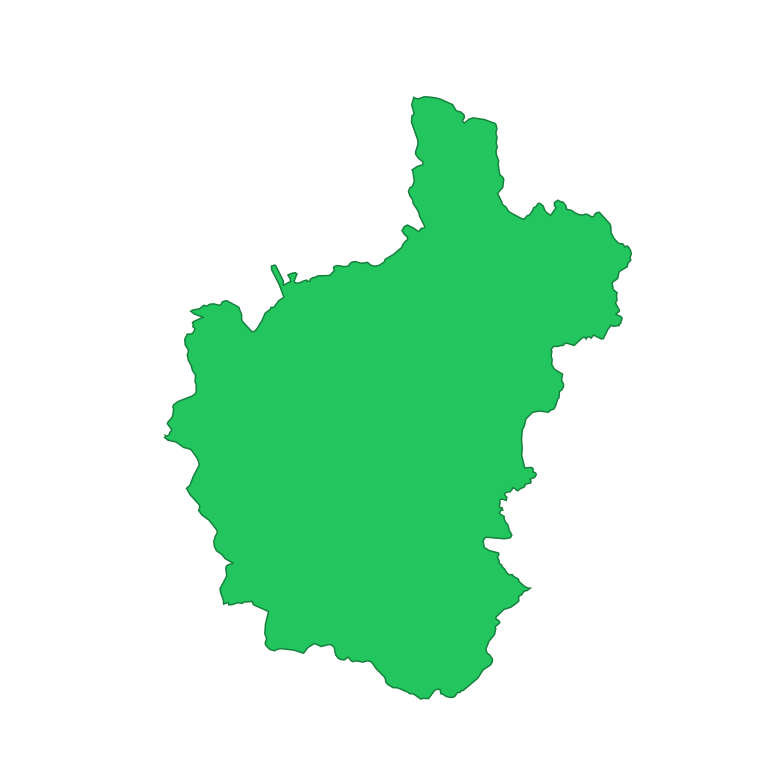 the district of Sakaraha, Atsimo-Andrefana, Madagascar, rotated 108°
{"feature_id": "10022922B49716742274905", "entity_name": "Sakaraha", "entity_type": "district", "adm_level": 2, "iso_a3": "MDG", "parent_name": "Madagascar", "parent_adm1": "Atsimo-Andrefana", "projection": "natural_earth1", "projection_center": [44.417, -22.83], "detail": "fine", "context": "isolated", "style": "filled", "palette": "green", "viewbox_px": 768, "rotation_deg": 108, "n_neighbors": 0, "source": "geoboundaries", "source_scale": "gbopen_adm2", "svg_char_len": 6166}
<svg xmlns="http://www.w3.org/2000/svg" viewBox="0 0 768 768"><g transform="rotate(108 384 384)"><path d="M672.3,251.6L671.0,249.9L669.5,244.5L659.1,240.9L657.7,238.6L657.2,236.3L661.0,234.2L660.8,232.2L661.9,228.6L661.6,224.0L660.3,221.1L658.9,220.0L654.7,218.8L653.9,216.4L651.8,215.8L651.0,214.0L634.4,203.7L625.6,201.6L618.3,195.9L614.7,195.1L612.0,195.9L609.2,199.5L607.9,203.0L604.5,205.2L596.0,204.6L588.1,201.5L582.4,202.0L580.5,203.3L575.3,200.1L573.7,201.5L572.7,205.2L570.6,205.3L561.4,200.3L557.0,194.3L550.3,189.5L548.6,188.7L544.6,190.3L541.3,187.7L538.0,187.0L536.1,184.0L533.0,181.8L533.6,184.2L532.8,188.6L530.2,194.3L528.0,196.0L527.0,201.0L525.6,203.3L526.8,205.6L525.8,208.6L522.8,211.9L521.3,215.1L520.1,215.8L518.8,219.1L516.3,220.0L513.8,222.6L510.8,222.1L509.3,222.8L509.9,232.6L508.5,238.1L503.0,241.1L500.2,240.8L498.2,239.7L494.0,221.7L491.3,216.5L489.4,215.8L488.1,215.8L484.4,219.7L479.8,222.6L477.7,225.8L474.8,228.3L472.8,228.8L471.9,233.1L470.9,234.3L467.7,233.6L467.3,232.1L465.2,233.5L466.0,234.9L464.3,236.7L461.5,236.7L458.9,238.0L457.7,237.6L456.9,235.6L457.0,231.8L453.9,232.1L452.1,235.3L449.4,234.5L447.6,230.9L445.2,229.7L443.1,229.6L442.9,227.4L444.4,224.6L443.4,223.2L441.9,222.4L438.6,218.8L435.3,218.2L432.9,214.0L431.3,214.0L429.4,215.8L426.3,211.9L424.1,211.3L422.8,211.3L421.7,212.5L421.5,215.1L418.9,215.8L418.0,216.9L418.0,218.7L420.4,224.2L409.5,230.9L402.4,232.7L393.9,236.2L385.0,238.2L380.2,237.6L373.5,238.3L365.1,234.0L361.7,228.0L360.0,218.8L357.9,217.9L355.3,214.8L351.9,214.0L344.4,214.2L343.1,213.3L336.9,214.8L334.6,213.1L331.1,212.4L328.5,213.3L325.6,216.3L319.5,217.2L317.4,226.3L313.5,230.6L308.8,231.6L305.8,233.6L300.7,234.6L299.9,236.0L295.9,234.4L294.2,229.5L293.0,228.3L291.9,225.4L290.7,225.4L288.6,222.9L288.6,215.1L278.3,209.3L277.6,207.6L278.7,205.6L276.9,205.5L275.6,203.3L276.4,201.2L272.7,199.8L274.0,191.3L273.2,189.4L263.2,188.0L258.1,186.3L258.2,183.6L255.7,178.5L255.0,179.1L253.2,177.7L248.1,177.8L246.7,179.3L246.1,184.7L245.3,184.9L242.2,182.7L241.1,183.0L235.4,188.9L232.4,188.3L227.5,190.4L225.3,190.4L223.3,195.2L217.1,198.4L211.5,194.4L204.5,195.1L197.3,188.9L193.7,189.4L190.1,187.5L187.6,189.1L183.6,189.0L180.6,191.0L177.8,194.3L177.7,195.7L179.2,197.2L176.9,200.4L177.6,202.6L177.4,205.2L174.5,210.2L170.2,214.6L163.6,217.2L161.9,218.7L154.1,232.4L155.4,234.6L157.1,235.9L159.8,236.2L160.9,237.9L159.9,242.7L160.2,245.0L162.1,247.5L162.7,251.1L162.0,256.2L160.9,259.2L161.4,264.3L158.3,266.1L156.6,268.4L155.7,270.2L156.2,272.0L155.4,275.4L158.8,278.0L161.6,277.1L163.3,274.9L172.2,277.6L170.5,282.9L168.9,285.0L165.6,287.5L164.1,291.1L164.2,292.5L165.2,293.5L168.0,294.0L170.1,296.1L173.8,296.4L178.2,297.9L180.1,300.1L184.0,301.6L184.0,305.3L181.9,317.0L181.1,319.0L178.0,322.8L176.5,327.1L174.4,328.3L167.6,334.9L160.3,331.8L152.5,333.3L150.8,334.8L149.2,338.3L148.0,339.2L140.0,343.2L136.4,343.9L131.0,348.1L127.7,349.5L123.5,349.5L120.1,351.8L114.6,352.7L111.0,355.1L106.0,355.6L101.9,358.3L101.5,370.1L103.3,381.3L105.7,384.8L110.9,388.1L110.2,389.8L109.0,390.7L105.9,389.9L104.0,390.6L102.7,392.1L101.5,395.5L101.9,398.9L101.3,400.4L97.1,405.1L95.7,417.8L95.8,422.1L97.0,429.2L98.4,434.5L102.1,439.3L102.6,441.9L102.1,444.2L110.0,443.9L117.1,439.2L118.9,439.2L120.3,440.3L126.4,438.8L141.8,427.1L145.4,425.8L153.3,425.7L155.6,425.0L158.6,421.1L160.6,415.9L162.0,415.1L163.4,414.8L166.8,419.5L171.7,423.5L173.0,422.2L181.7,417.9L187.0,418.0L189.5,420.1L193.5,420.2L197.3,417.3L199.8,413.8L203.3,412.0L208.6,405.4L211.8,402.7L213.1,402.4L220.3,395.1L221.6,394.1L223.2,394.1L224.3,395.1L224.2,396.6L228.4,398.1L226.4,405.0L225.6,410.9L228.0,413.3L232.5,414.3L235.3,411.0L237.2,407.0L239.5,406.2L241.6,407.8L245.6,409.2L248.5,409.3L257.8,415.0L264.9,421.3L268.3,421.7L272.9,425.6L274.8,429.3L275.0,431.2L275.0,433.4L273.4,437.3L276.2,442.6L276.4,448.5L277.3,451.2L279.3,453.3L282.7,454.4L283.5,455.5L284.7,458.4L285.7,464.8L287.4,467.4L288.7,468.0L291.7,466.3L297.6,469.3L301.8,480.7L303.2,481.8L305.1,484.9L307.4,486.6L309.1,486.2L309.9,488.5L309.1,489.3L310.1,491.4L314.1,495.8L315.2,498.8L314.9,500.5L313.7,501.2L306.2,500.8L305.6,502.8L305.9,503.5L307.8,506.8L310.1,509.0L312.9,505.7L315.5,504.6L321.1,510.3L317.1,511.6L304.9,523.5L304.7,524.8L306.7,527.5L310.3,526.0L321.7,514.4L332.5,506.0L337.2,509.8L345.3,512.5L345.9,515.1L348.4,515.3L353.0,518.8L361.5,519.7L370.5,521.8L374.2,523.5L375.0,526.0L368.1,538.1L366.3,539.5L362.3,540.7L355.9,545.8L353.4,558.9L353.8,560.5L355.8,563.1L358.9,563.7L360.0,564.8L360.4,570.7L361.9,574.2L364.8,576.8L364.7,579.5L369.6,582.9L372.8,588.8L374.5,590.3L376.1,585.8L376.4,576.7L383.6,584.6L385.1,585.1L386.0,583.8L388.6,583.5L389.5,581.3L391.2,580.7L394.6,581.6L396.0,582.8L397.4,586.5L403.1,587.3L408.1,585.2L412.5,580.2L417.4,580.0L422.1,577.2L425.4,573.6L430.4,570.2L433.8,566.0L440.3,564.4L442.5,562.4L449.2,560.3L451.7,560.5L454.6,562.6L464.3,574.5L468.5,577.5L470.9,577.8L473.3,576.2L479.3,575.2L481.4,575.3L487.2,577.8L488.8,577.7L493.3,571.4L496.3,572.8L497.8,572.4L500.8,574.3L500.5,576.1L501.5,575.4L502.7,576.1L504.2,572.0L503.4,564.1L506.3,554.6L505.8,550.1L506.2,547.0L511.8,539.4L515.2,536.3L517.7,534.9L519.6,534.9L531.1,536.8L540.4,537.3L544.3,539.6L549.2,534.2L556.2,522.0L558.9,521.0L561.5,521.3L564.9,516.5L567.6,508.2L574.9,497.4L577.3,496.7L581.0,497.4L586.4,497.2L590.6,495.3L594.4,491.8L596.1,485.9L599.2,481.0L600.9,472.4L601.9,472.7L603.4,475.5L605.7,477.6L608.3,477.5L615.3,474.2L629.3,476.7L633.2,474.7L639.1,470.0L642.9,468.5L640.3,465.2L640.6,464.1L642.0,463.5L640.8,460.3L637.0,455.1L636.6,451.3L634.6,449.7L631.5,442.0L633.9,440.4L634.4,439.1L636.1,423.5L649.1,422.5L658.5,420.1L662.2,417.0L666.8,417.0L668.9,415.9L671.7,410.8L671.6,406.0L667.8,401.4L665.0,387.8L664.9,377.3L658.1,374.9L652.2,369.9L653.1,362.6L649.0,356.2L648.3,353.8L649.7,350.2L656.6,346.2L659.1,342.6L659.3,339.3L658.6,336.3L655.1,334.0L655.3,332.7L657.3,330.1L657.7,327.9L655.8,324.6L655.0,318.1L652.3,314.1L652.1,311.2L653.0,308.9L657.2,303.4L662.3,293.4L663.5,292.0L667.2,289.9L668.6,287.4L670.0,281.8L668.8,277.3L669.7,266.2L670.6,263.9L669.6,260.3L672.3,251.6Z" fill="#22c55e" stroke="#15803d" stroke-width="1.5"/></g></svg>